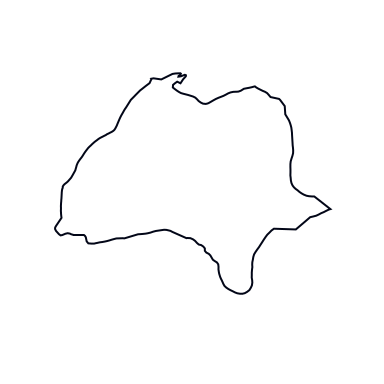 the district of Al Maghrabah, Hajjah, Yemen, rotated 228°
{"feature_id": "15242507B35266123167790", "entity_name": "Al Maghrabah", "entity_type": "district", "adm_level": 2, "iso_a3": "YEM", "parent_name": "Yemen", "parent_adm1": "Hajjah", "projection": "robinson", "projection_center": [43.629, 15.902], "detail": "fine", "context": "isolated", "style": "outline", "palette": "ink", "viewbox_px": 384, "rotation_deg": 228, "n_neighbors": 0, "source": "geoboundaries", "source_scale": "gbopen_adm2", "svg_char_len": 4097}
<svg xmlns="http://www.w3.org/2000/svg" viewBox="0 0 384 384"><g transform="rotate(228 192 192)"><path d="M81.3,164.4L80.9,166.2L80.7,169.0L81.5,171.7L82.5,174.0L84.3,176.2L86.2,177.7L88.4,179.1L90.2,180.8L92.1,182.5L94.1,184.6L95.8,186.6L97.7,188.1L99.5,189.9L101.1,192.1L102.7,194.1L104.1,196.4L104.9,199.0L105.6,201.9L106.2,204.9L106.9,207.4L107.7,210.4L108.6,213.6L109.4,216.9L109.9,219.4L110.0,222.2L110.2,225.3L109.9,228.3L94.7,244.1L94.2,263.0L92.8,265.5L91.3,268.4L90.5,271.0L89.8,273.9L88.9,276.4L88.2,279.1L87.4,281.9L86.7,283.4L106.8,279.9L108.5,278.1L110.5,276.2L112.6,274.6L115.3,273.3L117.7,272.5L120.2,271.9L122.7,271.6L124.9,271.1L127.3,270.9L129.5,271.1L129.9,271.2L132.1,271.9L134.4,273.2L136.5,274.8L138.5,276.2L140.6,278.2L142.8,280.2L144.7,281.8L146.9,283.8L148.7,285.8L150.3,288.4L151.6,290.7L153.2,293.1L155.3,295.1L157.4,296.7L159.4,298.1L161.5,299.8L163.4,301.3L165.4,302.9L167.3,304.4L169.1,305.9L171.2,307.4L173.4,308.9L175.5,310.0L177.7,311.0L180.1,311.9L181.4,312.2L187.3,313.3L193.8,318.4L201.5,319.1L202.9,319.0L210.0,313.9L212.8,314.0L214.4,314.0L215.2,314.0L217.6,313.3L219.9,312.2L222.2,311.3L224.5,310.4L226.7,309.7L228.4,309.4L228.6,309.1L229.9,306.5L231.2,304.2L232.5,302.1L234.0,299.6L234.6,296.1L235.5,293.8L235.9,293.2L238.8,289.7L240.2,287.3L241.1,284.9L241.7,282.3L242.4,279.7L243.3,277.3L244.3,274.7L245.2,271.9L245.8,269.3L246.4,266.4L247.0,263.7L247.5,262.5L248.3,261.1L250.3,259.3L252.5,258.4L255.2,257.8L257.5,257.8L259.9,257.6L262.2,256.7L264.4,255.4L266.6,254.1L268.7,252.7L270.2,251.7L270.8,251.3L272.9,250.0L275.2,249.2L277.5,248.6L280.0,248.1L282.5,247.7L284.3,249.6L284.2,252.2L283.9,254.8L280.5,256.2L281.7,260.8L282.1,264.8L282.8,265.6L283.9,265.1L285.4,261.2L285.7,260.7L286.8,259.1L287.2,259.7L286.8,261.3L287.0,262.0L287.4,262.9L288.0,262.8L289.7,260.8L291.3,258.8L292.8,256.5L296.2,244.5L302.2,239.5L303.3,237.7L303.2,237.7L301.3,233.3L301.7,228.8L301.8,227.3L302.0,224.0L302.2,221.5L301.8,214.5L301.7,213.4L301.4,208.2L298.9,199.4L298.6,198.0L298.2,196.6L297.7,195.1L297.0,193.1L296.5,191.5L295.9,189.8L295.3,188.3L294.6,186.7L294.0,185.4L293.3,183.9L292.5,182.2L291.7,180.6L291.2,179.3L290.5,177.4L290.1,175.8L290.1,174.4L290.4,172.5L290.9,170.8L291.3,169.1L291.8,167.6L292.0,166.0L292.5,164.3L292.9,162.7L293.3,161.3L293.7,159.7L294.0,157.9L294.1,156.2L294.3,154.4L294.4,152.9L294.4,151.4L294.4,149.6L294.3,148.0L294.3,146.1L294.2,144.6L294.2,144.3L293.9,142.7L293.6,141.0L293.2,139.1L292.8,137.5L292.3,135.8L291.8,134.0L291.5,132.5L291.2,130.7L290.8,128.9L290.3,127.0L289.6,125.4L288.9,124.0L287.9,122.5L287.1,121.2L286.2,119.8L285.7,118.4L285.1,116.6L284.5,114.9L284.0,113.3L283.5,111.8L283.3,110.2L283.1,108.5L282.9,106.9L282.9,105.3L283.1,102.6L283.0,101.2L282.6,99.7L281.6,98.7L281.0,97.5L280.1,96.3L279.8,96.0L279.0,95.1L277.8,93.9L276.6,92.7L275.5,91.6L274.5,90.6L273.6,89.6L272.5,88.5L271.3,87.2L270.2,86.1L269.2,85.1L268.0,84.1L267.0,83.2L266.0,82.2L264.8,81.2L264.6,81.1L263.7,80.3L262.5,79.4L261.4,78.6L260.2,77.8L260.1,77.7L257.8,68.4L257.2,66.6L256.2,65.5L254.1,64.9L251.6,64.9L249.7,64.9L247.7,65.3L246.8,66.8L245.7,70.0L244.6,72.0L242.8,73.4L241.5,73.9L239.6,75.1L239.4,75.1L232.4,82.9L231.0,83.1L229.4,82.8L227.7,81.8L225.8,80.7L223.2,80.6L221.2,82.5L219.1,84.8L218.3,86.3L217.4,87.8L216.3,89.8L214.9,91.8L213.6,93.9L212.3,96.2L211.3,98.2L210.3,100.4L209.2,102.6L208.1,104.7L204.0,109.6L202.8,110.7L196.7,123.6L194.8,126.0L193.3,128.0L192.0,129.8L190.9,131.6L189.6,134.0L188.5,136.6L187.2,139.1L185.4,141.8L183.8,144.2L182.6,146.0L181.0,147.6L179.3,148.8L177.5,150.0L175.5,150.7L161.4,157.0L160.9,157.8L158.8,159.9L156.1,161.1L153.6,161.6L150.8,161.6L148.4,161.9L146.4,163.3L143.9,163.9L141.5,163.8L139.7,162.2L137.4,162.1L134.8,163.1L132.5,163.2L130.2,162.7L127.7,162.2L125.4,162.7L123.0,163.4L120.7,163.1L118.6,161.6L116.8,159.9L114.7,158.5L113.4,157.7L112.4,157.2L110.0,156.1L107.6,155.3L107.4,155.3L105.1,154.6L102.7,153.8L100.5,153.3L98.1,153.5L95.6,154.1L93.3,154.9L90.9,155.9L88.5,156.8L86.6,157.8L86.4,157.9L84.4,159.5L82.7,161.3L81.5,163.5L81.3,164.4Z" fill="none" stroke="#020617" stroke-width="2"/></g></svg>